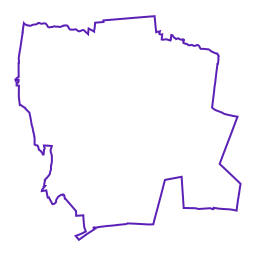 Cortazar, Guanajuato, Mexico
{"feature_id": "50627088B71980494366589", "entity_name": "Cortazar", "entity_type": "district", "adm_level": 2, "iso_a3": "MEX", "parent_name": "Mexico", "parent_adm1": "Guanajuato", "projection": "natural_earth1", "projection_center": [-100.945, 20.422], "detail": "fine", "context": "isolated", "style": "outline", "palette": "violet", "viewbox_px": 256, "rotation_deg": 0, "n_neighbors": 0, "source": "geoboundaries", "source_scale": "gbopen_adm2", "svg_char_len": 5429}
<svg xmlns="http://www.w3.org/2000/svg" viewBox="0 0 256 256"><path d="M154.6,16.2L151.7,16.4L142.9,17.1L103.4,20.4L103.5,22.0L95.1,22.7L94.8,26.6L94.7,27.5L94.5,28.8L94.2,30.2L94.1,30.8L94.1,31.6L92.4,30.6L88.6,28.5L88.1,34.1L87.7,33.7L87.3,33.2L87.0,32.9L86.3,32.6L85.8,32.2L85.3,31.5L84.6,30.8L83.9,30.3L83.3,30.0L82.7,30.1L81.9,30.3L81.1,30.7L80.6,30.9L79.8,31.2L79.1,31.3L78.5,31.2L77.8,30.8L76.4,29.6L76.1,29.4L75.7,29.3L75.4,29.3L73.9,29.6L72.5,29.7L71.4,29.7L70.7,29.6L70.0,29.4L69.5,29.1L69.1,28.6L68.2,26.7L67.9,26.5L67.6,25.9L67.3,25.6L67.0,25.5L65.9,25.4L65.2,25.5L64.2,25.4L63.9,25.6L63.7,25.8L63.4,25.9L63.0,25.8L62.8,25.8L62.6,26.0L62.3,26.2L60.2,26.9L59.6,27.0L59.3,26.9L58.0,26.7L57.6,26.6L56.2,26.7L55.9,26.7L54.5,26.3L54.2,26.3L53.7,26.5L53.3,26.5L52.9,26.8L52.5,26.9L51.8,27.0L51.1,27.0L49.8,27.3L49.3,27.4L48.9,27.3L48.5,27.2L48.2,27.0L47.8,26.6L47.5,26.1L47.1,25.3L46.7,24.7L46.3,24.2L45.9,23.9L45.6,23.5L45.3,23.4L44.1,23.4L43.6,23.4L42.1,23.7L41.6,23.7L41.1,23.7L40.7,23.6L39.1,23.0L38.8,22.9L38.5,22.9L38.3,22.9L38.1,23.1L37.5,23.6L37.1,23.9L36.5,24.2L36.0,24.4L33.8,24.6L33.1,24.7L31.8,25.2L31.1,25.6L30.8,25.6L30.2,25.8L29.7,25.8L29.2,25.6L28.9,25.5L28.2,25.6L27.9,25.5L27.5,25.2L26.9,25.2L26.6,25.1L26.0,24.7L25.4,24.4L25.0,24.3L24.5,24.0L23.9,23.2L23.8,23.7L23.2,27.4L22.7,31.3L22.6,31.8L22.5,32.2L22.8,32.3L22.1,36.1L20.1,49.7L19.9,50.1L18.7,58.2L18.9,59.8L18.9,62.8L18.9,63.0L18.6,63.0L18.6,70.5L18.6,72.3L18.7,76.8L18.4,76.8L15.4,79.4L15.7,80.8L18.4,79.6L18.6,79.7L18.6,81.2L18.2,81.2L18.2,82.3L18.1,82.6L17.8,82.8L16.6,82.8L16.5,83.1L16.6,83.4L16.6,83.9L16.6,85.5L18.7,85.6L18.9,85.6L18.8,95.5L18.9,97.5L19.8,104.9L20.2,104.7L21.7,105.7L23.4,106.9L23.7,107.0L25.4,108.1L25.4,108.7L29.4,112.6L30.5,117.9L30.8,119.5L31.0,120.6L31.1,121.2L31.1,121.3L31.6,124.4L32.1,126.4L32.6,127.8L33.1,130.7L33.3,132.0L33.7,132.7L33.7,133.2L33.8,134.0L34.2,135.3L34.1,136.1L34.2,136.3L34.5,137.0L34.6,139.4L34.6,141.6L34.6,144.6L35.4,144.9L36.0,145.3L37.4,145.4L38.2,146.8L38.9,149.7L41.1,151.3L41.7,152.4L42.3,153.0L42.8,153.8L42.7,154.3L43.1,154.6L43.6,154.5L43.8,151.6L43.9,151.4L44.0,149.8L44.7,148.7L44.6,147.9L44.0,146.4L43.9,145.5L47.3,145.6L51.8,146.0L51.5,147.1L51.1,148.2L50.6,150.1L50.6,150.6L50.6,151.1L50.7,151.6L51.7,155.2L51.9,155.6L51.9,155.8L51.8,157.1L51.9,159.9L51.8,162.2L51.7,162.8L51.7,163.1L51.4,164.1L51.3,164.9L51.3,165.1L50.9,165.9L51.0,168.0L51.0,168.9L51.0,169.2L50.9,169.7L50.3,171.5L49.9,173.2L49.8,174.1L49.7,174.3L49.1,175.0L48.8,175.5L48.6,175.8L48.0,176.4L47.3,177.3L47.1,177.6L47.0,177.8L46.7,178.0L46.2,178.3L45.5,179.2L44.9,179.9L45.2,180.1L44.7,181.8L44.5,182.6L44.5,183.0L44.3,183.9L44.3,184.2L44.2,184.5L44.2,185.0L44.3,185.7L44.1,186.0L45.1,186.0L42.4,189.3L42.0,189.9L41.9,190.5L41.8,191.1L46.3,190.4L47.7,197.6L49.0,197.4L49.2,198.1L52.4,204.1L52.7,204.2L53.0,204.2L53.3,204.1L54.0,203.9L54.6,203.5L55.5,202.8L55.6,202.6L55.9,202.1L56.0,202.0L56.1,201.4L56.1,200.6L56.1,200.3L56.2,200.0L57.6,197.6L57.8,197.2L58.0,197.0L58.2,196.8L60.1,195.5L61.0,194.9L61.3,194.8L62.4,194.7L62.8,194.5L63.0,195.2L64.2,195.2L64.8,198.5L65.1,198.4L75.8,210.8L76.0,211.0L76.2,215.8L83.3,215.3L83.5,219.2L83.9,224.0L84.1,225.6L84.3,227.3L85.8,231.5L81.6,233.6L79.7,234.4L75.7,235.9L78.9,239.8L86.7,234.2L94.0,229.5L93.6,227.6L94.4,227.3L95.4,228.6L95.5,228.6L95.7,227.6L96.5,227.5L99.8,226.9L107.8,225.9L111.2,225.7L115.7,225.2L117.9,224.9L118.1,224.9L125.8,224.1L127.1,223.7L127.4,223.5L127.5,223.4L133.0,223.6L138.5,223.9L140.7,224.0L148.9,224.5L153.3,224.3L154.0,221.4L154.7,218.7L158.6,204.2L160.7,196.3L164.9,180.1L165.0,179.9L181.6,176.8L183.7,208.0L195.3,208.2L198.6,209.0L210.3,208.2L212.3,209.1L213.4,209.1L213.6,207.8L219.2,208.7L220.9,208.8L223.5,209.0L225.1,209.1L228.8,209.3L229.5,209.4L230.8,209.5L231.6,209.6L236.6,210.6L236.9,208.0L237.9,200.5L238.2,198.6L238.5,197.1L238.9,194.1L239.0,194.1L239.3,191.8L240.0,187.0L240.6,183.9L239.1,182.4L238.7,182.0L237.1,180.5L234.2,177.7L233.2,176.7L232.7,176.3L225.8,169.7L219.7,164.0L220.2,162.5L223.8,152.8L225.0,149.8L225.1,149.5L225.3,148.9L226.0,147.0L227.8,142.5L228.0,141.8L229.2,138.8L237.5,116.7L235.2,116.3L232.8,115.9L224.5,114.0L222.2,112.7L217.7,110.9L216.7,110.6L215.1,109.9L213.5,108.8L212.8,108.3L212.1,107.6L213.1,99.6L214.2,90.5L214.3,89.2L214.4,87.9L214.6,86.7L214.7,86.0L214.8,85.1L215.1,83.4L215.2,82.5L215.3,81.7L215.8,77.4L216.3,73.1L217.2,66.1L217.4,64.0L217.9,64.0L218.5,59.3L218.3,57.1L218.5,56.9L218.8,56.1L218.3,55.4L218.1,54.9L217.5,54.3L217.4,53.7L217.0,53.4L215.9,53.4L215.5,53.3L215.2,53.2L213.9,52.5L211.2,51.3L209.4,49.8L208.7,49.4L206.6,49.2L204.3,48.9L201.4,48.9L201.0,48.9L200.8,48.8L200.6,48.6L200.3,48.3L200.0,47.9L199.6,46.9L199.1,46.0L198.6,45.5L198.3,45.3L197.6,45.0L197.2,45.0L196.8,45.1L196.0,45.6L194.0,45.9L193.1,45.5L192.6,45.2L191.8,44.9L191.0,45.0L190.7,45.1L189.8,45.3L189.0,45.3L188.1,45.0L187.6,44.4L186.5,43.8L185.6,43.7L185.4,43.8L183.5,43.0L183.2,41.4L183.3,41.3L183.9,40.8L184.0,39.9L183.0,39.3L181.8,39.8L179.5,39.2L179.3,39.0L178.1,38.3L176.5,38.9L176.3,39.0L176.1,39.1L175.8,38.6L175.4,38.4L175.1,38.3L174.6,37.8L174.0,37.5L173.8,37.3L173.2,36.4L172.6,35.4L172.3,35.2L171.3,35.0L171.0,37.4L170.9,39.2L170.6,39.1L170.3,40.5L166.5,39.3L162.5,39.7L161.7,39.5L162.2,34.4L161.6,34.6L159.6,34.2L159.6,33.7L159.5,33.4L159.3,33.2L159.9,31.3L159.3,31.5L158.8,31.6L157.3,31.8L156.2,32.2L155.7,28.0L155.0,20.4L154.6,16.4L154.6,16.2Z" fill="none" stroke="#5b21b6" stroke-width="2"/></svg>